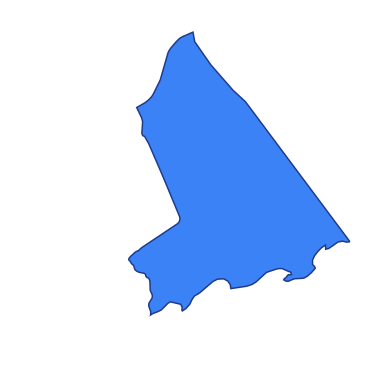 SVG path tracing the border of River Gee, rotated 56°
{"feature_id": "LBR-1458", "entity_name": "River Gee", "entity_type": "County", "adm_level": 1, "iso_a3": "LBR", "parent_name": "Liberia", "parent_adm1": "", "projection": "natural_earth1", "projection_center": [-7.733, 5.165], "detail": "fine", "context": "isolated", "style": "filled", "palette": "blue", "viewbox_px": 384, "rotation_deg": 56, "n_neighbors": 0, "source": "natural_earth", "source_scale": "10m", "svg_char_len": 1815}
<svg xmlns="http://www.w3.org/2000/svg" viewBox="0 0 384 384"><g transform="rotate(56 192 192)"><path d="M320.9,88.9L321.3,89.4L320.0,91.9L317.0,94.6L315.1,98.9L315.3,110.1L314.2,113.2L310.6,111.0L310.6,115.8L311.7,121.1L313.4,126.1L315.8,130.1L319.6,132.6L322.3,132.0L324.2,132.5L325.6,138.0L326.3,143.7L326.0,147.1L324.5,150.1L321.5,155.1L320.8,157.1L319.9,162.0L318.6,163.8L316.1,165.1L315.5,164.0L315.5,161.7L314.7,159.8L314.4,158.3L315.7,156.8L316.1,155.6L313.2,155.0L312.6,155.9L306.0,160.0L304.1,162.7L303.0,165.4L300.3,175.2L302.4,189.1L302.2,194.1L300.7,199.3L293.8,213.8L290.2,212.1L285.9,212.1L281.7,214.3L278.5,219.6L277.9,224.8L279.9,241.9L279.6,248.3L281.3,252.4L283.7,256.3L285.2,262.0L285.2,266.5L284.2,266.4L282.1,264.6L278.7,264.2L270.9,271.4L270.8,274.2L272.6,283.3L272.2,286.7L270.8,292.8L270.8,295.1L270.7,295.0L269.8,294.3L268.0,293.1L262.7,291.7L261.2,290.9L260.0,289.7L257.8,284.8L257.1,283.9L255.9,282.9L253.8,282.2L250.3,281.7L242.4,276.8L240.4,276.2L239.0,276.2L238.2,276.8L237.5,277.2L236.5,277.4L235.7,277.2L234.6,276.7L233.8,276.7L232.8,277.1L232.0,277.7L229.3,280.5L227.2,281.9L226.2,282.3L224.9,282.7L223.6,282.6L220.8,281.6L219.8,281.6L218.1,282.1L217.4,282.2L215.6,282.1L214.5,282.1L213.4,282.4L212.5,282.1L211.7,281.2L211.0,278.7L210.4,274.3L210.2,273.3L210.1,272.3L210.2,271.2L210.5,270.0L210.6,269.0L210.5,267.9L210.2,266.7L210.0,264.4L210.2,221.7L209.8,220.1L209.2,218.8L208.1,217.5L207.0,216.7L205.2,216.0L163.7,207.6L128.0,200.9L119.5,200.2L117.9,201.2L116.7,201.2L115.1,200.6L106.1,193.6L102.4,192.3L91.0,190.6L91.7,181.3L91.4,176.6L90.3,171.9L89.2,169.4L81.3,155.6L63.4,134.3L62.1,132.2L60.7,128.8L58.6,121.1L57.7,116.4L58.0,112.6L60.0,101.8L68.9,105.7L97.0,105.3L130.6,101.1L147.1,97.2L320.9,88.9L320.9,88.9Z" fill="#3b82f6" stroke="#1e3a8a" stroke-width="1.5"/></g></svg>